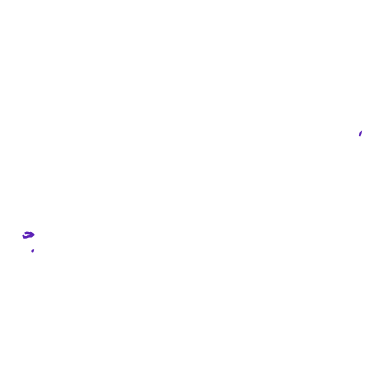 SVG path tracing the border of Outer Islands
{"feature_id": "SYC-5197", "entity_name": "Outer Islands", "entity_type": "state/province", "adm_level": 1, "iso_a3": "SYC", "parent_name": "Seychelles", "parent_adm1": "", "projection": "equal_earth", "projection_center": [48.764, -7.588], "detail": "fine", "context": "isolated", "style": "filled", "palette": "violet", "viewbox_px": 384, "rotation_deg": 0, "n_neighbors": 0, "source": "natural_earth", "source_scale": "10m", "svg_char_len": 824}
<svg xmlns="http://www.w3.org/2000/svg" viewBox="0 0 384 384"><path d="M32.7,233.7L33.4,234.4L33.7,234.8L33.5,235.0L33.1,235.2L31.9,236.4L31.3,236.8L28.8,236.8L26.1,237.9L24.0,238.0L23.0,235.0L23.8,236.3L25.3,236.8L26.8,236.7L27.9,235.9L28.4,236.0L29.4,235.6L30.2,235.1L30.6,234.7L30.8,235.0L31.1,234.7L31.4,234.9L31.8,235.0L31.8,234.7L31.4,234.4L31.2,234.0L31.1,233.4L31.1,232.8L32.7,233.7ZM25.6,233.5L25.5,233.3L25.6,233.2L25.3,233.1L25.3,232.9L25.5,232.9L26.6,232.3L27.9,232.4L29.2,232.8L30.4,232.8L29.8,233.5L28.8,233.7L27.7,233.5L27.2,233.1L26.7,233.4L26.0,233.3L25.6,233.5ZM359.6,136.1L360.0,133.7L360.4,132.8L361.0,132.3L360.8,133.3L360.4,134.3L359.6,136.1ZM33.2,250.1L33.1,250.6L32.9,251.3L32.6,251.7L32.2,251.5L32.1,251.0L32.4,250.5L32.8,250.2L33.2,250.1Z" fill="#8b5cf6" stroke="#5b21b6" stroke-width="1.5"/></svg>